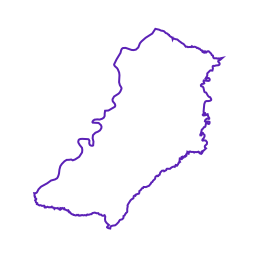 Belalcázar, Caldas, Colombia (Mercator projection), rotated 188°
{"feature_id": "7082276B3626983095163", "entity_name": "Belalcázar", "entity_type": "district", "adm_level": 2, "iso_a3": "COL", "parent_name": "Colombia", "parent_adm1": "Caldas", "projection": "mercator", "projection_center": [-75.815, 4.994], "detail": "fine", "context": "isolated", "style": "outline", "palette": "violet", "viewbox_px": 256, "rotation_deg": 188, "n_neighbors": 0, "source": "geoboundaries", "source_scale": "gbopen_adm2", "svg_char_len": 5720}
<svg xmlns="http://www.w3.org/2000/svg" viewBox="0 0 256 256"><g transform="rotate(188 128 128)"><path d="M169.9,34.3L168.8,34.4L168.1,34.1L167.3,34.2L166.5,34.9L165.8,34.9L165.3,34.6L164.8,35.0L164.2,34.4L163.1,34.6L162.3,35.2L161.7,35.1L161.2,35.4L159.7,35.3L158.9,35.7L157.1,35.6L156.8,35.8L156.8,36.3L156.2,36.7L154.8,36.6L153.0,37.5L152.1,37.6L151.4,38.8L149.1,39.6L147.2,39.2L145.5,39.5L144.7,38.5L143.9,38.3L142.6,38.5L142.0,37.9L141.1,37.6L140.4,37.6L139.1,38.4L138.2,37.1L138.1,34.6L137.5,32.6L135.9,30.9L133.4,29.3L134.9,27.2L134.9,26.7L133.6,26.1L131.6,26.0L131.5,27.8L131.2,28.4L129.5,29.2L127.3,29.8L126.1,30.9L124.3,33.4L123.9,34.2L123.7,35.0L123.1,35.9L121.2,36.7L120.4,37.6L120.0,38.4L120.2,40.2L119.2,40.9L118.8,42.3L118.2,43.1L118.2,43.5L117.3,44.4L117.1,45.0L117.5,47.8L117.4,50.5L117.7,51.0L117.5,52.1L115.5,56.6L114.6,57.8L112.9,59.1L112.8,61.4L112.0,62.1L111.3,61.9L111.0,63.1L110.5,63.2L109.6,64.0L108.2,64.4L107.8,65.4L108.0,67.1L106.7,68.4L105.8,70.2L104.8,70.6L104.7,71.3L104.3,71.8L102.0,72.0L98.9,73.9L98.4,75.1L97.6,76.1L97.4,77.2L96.4,77.9L95.8,79.4L94.4,81.0L94.1,81.7L94.1,83.2L93.8,83.8L92.6,84.8L91.8,84.4L91.4,84.6L91.1,85.5L90.2,86.1L89.8,88.5L88.4,90.4L86.9,90.8L86.6,90.7L86.2,90.2L84.3,91.6L84.1,92.7L83.7,93.1L80.8,93.4L79.4,95.0L77.8,96.0L77.1,96.2L76.3,96.0L75.6,98.1L75.3,98.1L74.6,97.4L74.3,97.4L73.4,99.0L73.2,100.2L72.5,100.8L72.6,101.3L71.8,101.7L72.4,102.6L72.5,105.1L71.6,105.2L70.8,104.6L70.4,104.7L70.0,105.4L70.9,106.1L70.9,106.7L69.9,107.3L68.8,106.7L68.6,107.3L68.1,107.4L67.9,108.2L67.4,108.4L67.0,107.9L66.3,108.7L66.8,109.6L66.3,110.9L64.4,110.9L64.4,111.3L65.6,111.7L65.9,112.4L65.9,112.7L64.4,112.1L64.0,112.4L64.0,113.1L63.1,113.4L62.1,113.1L59.9,113.4L59.1,112.9L58.5,113.5L56.4,113.7L55.0,114.3L54.6,113.8L53.8,113.9L53.8,113.3L52.9,112.7L52.4,112.9L51.9,112.6L51.3,113.2L50.9,114.3L51.6,114.3L51.5,115.2L49.8,116.3L47.9,118.7L49.1,119.4L49.4,120.5L49.2,121.2L47.7,123.0L47.7,124.6L47.9,125.1L49.3,126.4L50.7,126.4L52.3,125.9L52.7,126.2L52.6,127.1L51.5,128.7L51.0,130.6L51.3,131.8L52.7,132.8L53.1,133.5L53.8,133.6L54.2,133.3L54.1,131.3L54.3,130.9L55.3,130.8L55.5,131.4L55.0,133.1L54.7,136.6L53.4,138.2L53.0,139.3L52.0,139.7L51.6,140.3L51.4,143.3L51.3,143.6L50.4,143.8L49.3,143.3L48.5,143.2L48.0,143.8L48.0,145.1L48.2,145.5L49.6,145.6L52.1,144.9L52.8,145.4L52.6,146.6L51.4,148.1L50.5,148.4L49.6,148.2L48.9,148.4L48.9,149.1L50.1,150.5L51.1,152.8L51.6,152.6L52.2,151.8L54.7,150.9L55.4,151.0L55.8,151.4L55.3,152.5L53.6,153.1L53.8,153.6L54.9,153.9L55.4,154.3L55.8,162.2L55.4,164.1L55.0,165.0L54.1,165.6L51.8,165.9L50.2,166.6L49.6,167.2L49.6,168.1L50.9,169.9L52.1,170.1L53.4,171.1L55.5,173.9L56.8,174.1L57.4,174.5L59.0,178.6L59.9,179.4L61.2,179.5L61.6,179.8L61.8,180.7L60.9,181.9L59.2,182.4L58.7,182.9L59.7,184.7L59.6,185.6L55.0,185.8L54.0,186.3L53.8,187.2L54.2,188.1L55.0,188.7L55.9,188.6L57.2,187.6L58.1,187.8L56.8,190.8L57.1,193.1L54.7,196.3L54.2,196.6L52.7,196.5L52.4,196.6L52.2,198.7L52.7,200.4L52.6,201.1L52.2,201.4L51.0,201.5L49.5,202.2L47.3,202.7L46.4,203.3L46.2,203.8L46.3,204.8L47.8,206.2L48.0,206.7L47.7,207.3L46.1,208.4L44.2,210.6L47.5,209.4L48.4,209.5L49.2,209.1L50.1,209.4L52.4,209.0L53.3,209.6L54.0,211.5L55.2,211.9L56.0,213.2L58.8,215.2L59.9,215.0L61.2,213.6L61.4,213.7L61.6,214.5L62.0,214.6L62.5,213.3L62.9,213.2L63.6,214.3L64.1,213.5L64.6,213.6L65.1,214.0L65.5,215.1L66.8,215.3L68.1,216.5L69.2,216.4L70.1,217.1L70.9,216.8L71.5,217.3L72.8,217.7L73.6,217.7L75.0,217.2L76.1,217.9L76.6,217.0L77.1,217.1L77.6,216.8L78.4,216.8L80.0,216.4L81.0,216.8L82.1,216.5L84.2,218.6L85.5,219.3L86.8,219.7L88.1,220.6L89.0,220.9L91.4,222.5L93.6,222.6L94.8,222.9L95.6,222.6L95.8,222.9L96.1,222.0L96.2,222.3L96.0,222.6L96.5,222.9L97.0,223.8L99.0,224.6L100.1,225.4L100.3,225.9L101.0,226.0L102.0,226.9L103.8,227.3L105.8,228.8L107.6,229.1L108.6,229.0L110.9,229.7L114.7,230.0L117.1,224.9L123.1,219.8L126.8,215.5L128.0,213.5L129.0,209.2L131.1,206.7L133.4,205.9L135.3,205.8L141.5,207.0L144.1,206.5L145.1,205.6L145.6,204.1L145.9,201.3L148.9,194.3L150.6,189.1L150.3,188.2L149.6,187.4L147.1,185.7L146.2,184.6L144.5,181.7L143.8,179.1L143.2,172.1L142.0,169.3L140.2,167.1L139.9,166.0L140.7,163.0L141.4,161.7L142.1,160.7L146.2,157.2L147.3,154.3L147.0,152.8L146.7,152.2L144.6,150.3L144.0,149.3L143.7,148.2L144.0,147.2L149.8,142.6L153.1,141.9L153.1,139.0L152.8,136.6L153.4,134.9L154.8,133.6L157.3,132.4L159.5,132.3L162.3,131.6L163.5,130.5L164.0,129.4L164.0,128.8L163.6,128.4L157.8,128.9L155.1,127.0L154.4,125.5L154.4,124.0L155.4,121.8L157.2,120.2L159.6,118.8L161.6,116.2L161.7,115.7L161.6,112.9L160.3,109.7L160.1,105.9L161.0,105.4L162.1,105.4L163.2,105.8L163.7,106.3L164.3,107.6L164.4,110.0L165.3,111.2L165.9,111.4L171.7,110.9L173.6,110.5L174.7,109.9L175.2,109.2L175.4,107.8L175.1,106.6L173.4,104.4L170.8,102.0L170.2,99.9L170.1,97.4L172.3,92.7L176.0,89.5L178.2,88.3L179.9,88.9L181.9,88.3L184.3,87.9L186.3,86.2L188.5,83.2L189.7,80.7L190.1,77.3L190.0,73.3L190.2,71.7L190.6,69.9L191.2,68.4L193.1,66.9L196.9,65.3L200.3,62.0L205.4,58.2L206.1,57.6L208.1,54.8L209.1,51.9L209.6,51.1L210.8,50.5L211.8,50.4L211.2,49.0L211.2,47.7L210.5,47.2L210.5,46.2L209.0,45.1L209.0,44.5L209.7,44.1L209.9,43.4L209.3,42.9L208.8,41.5L207.5,41.0L207.6,39.9L206.5,39.7L205.0,39.0L203.7,39.4L202.4,38.9L200.2,39.4L199.4,38.7L199.6,37.9L199.4,37.7L198.1,37.9L196.9,38.8L195.1,38.4L194.2,38.8L193.4,38.7L192.5,39.5L191.8,38.7L190.5,38.8L189.6,37.6L188.9,38.5L186.8,38.7L186.4,39.0L185.9,38.4L185.0,38.4L184.5,37.7L183.7,37.6L182.9,38.4L183.5,38.9L183.6,39.3L182.5,39.2L182.2,39.5L181.6,39.4L181.4,39.6L180.8,39.1L180.0,39.6L179.6,38.5L179.0,38.6L177.1,37.9L175.7,38.3L174.9,37.3L175.2,36.9L174.3,36.2L173.5,36.4L172.8,35.5L171.4,34.8L170.2,34.7L169.9,34.3Z" fill="none" stroke="#5b21b6" stroke-width="2"/></g></svg>